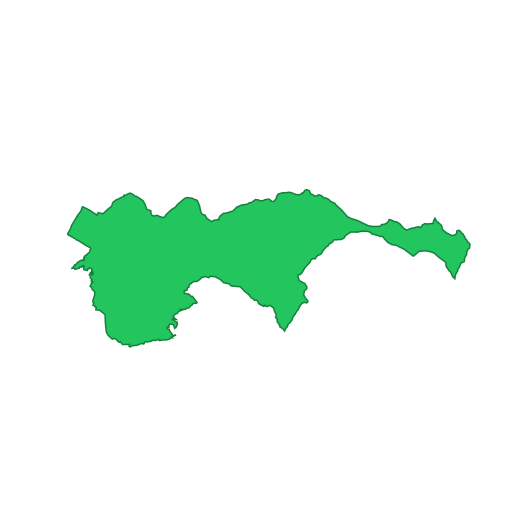 outline of Sadu, Sibiu, Romania, rotated 224°
{"feature_id": "2599482B14009077199366", "entity_name": "Sadu", "entity_type": "district", "adm_level": 2, "iso_a3": "ROU", "parent_name": "Romania", "parent_adm1": "Sibiu", "projection": "robinson", "projection_center": [24.148, 45.645], "detail": "fine", "context": "isolated", "style": "filled", "palette": "green", "viewbox_px": 512, "rotation_deg": 224, "n_neighbors": 0, "source": "geoboundaries", "source_scale": "gbopen_adm2", "svg_char_len": 6159}
<svg xmlns="http://www.w3.org/2000/svg" viewBox="0 0 512 512"><g transform="rotate(224 256 256)"><path d="M399.6,177.6L398.8,174.9L407.4,173.4L414.8,171.1L414.6,169.3L413.9,168.6L413.0,165.8L412.7,162.1L409.9,149.8L408.6,147.3L406.8,141.0L405.9,140.7L397.7,142.9L396.2,142.9L394.8,143.6L384.5,145.7L381.4,146.8L380.0,146.5L379.4,144.7L378.4,143.4L378.8,139.9L378.4,138.8L379.0,138.0L379.2,136.6L378.8,135.5L378.1,135.6L378.2,134.6L377.7,134.5L377.0,133.5L377.7,133.0L377.3,132.4L378.3,132.1L378.9,131.1L379.6,129.0L379.5,127.8L380.0,127.1L379.6,125.3L379.8,123.9L380.3,123.6L379.7,121.6L380.0,119.6L379.8,119.3L378.7,120.9L377.4,120.6L376.3,121.4L375.6,123.4L374.7,124.5L375.3,125.5L373.6,127.1L374.4,127.7L373.8,129.1L372.1,129.4L373.2,128.6L372.0,128.4L370.4,126.6L367.3,128.3L368.1,129.7L367.4,130.3L367.6,131.7L365.5,132.6L361.0,130.3L361.9,129.6L360.8,128.8L362.3,128.4L362.6,128.5L362.3,128.8L362.7,129.9L362.4,130.2L363.0,130.8L363.7,130.8L363.0,129.5L363.4,129.0L363.3,128.0L362.7,127.4L362.7,126.6L361.6,126.8L360.1,125.3L358.0,125.2L357.9,124.6L357.3,124.6L357.1,123.6L355.9,124.0L355.1,123.5L355.0,123.2L355.6,122.5L354.2,118.9L352.8,119.2L350.1,118.1L347.5,118.3L345.9,117.1L344.1,114.3L342.5,110.7L340.9,109.3L340.1,109.7L339.0,107.3L337.7,108.1L336.8,107.6L335.3,108.1L333.8,106.0L331.1,108.1L329.8,108.5L323.9,109.0L317.8,103.2L311.1,97.5L308.1,96.4L305.8,96.2L301.5,96.4L300.9,98.0L300.1,98.6L298.3,99.0L296.0,98.6L294.3,99.0L294.2,100.0L290.5,99.6L285.5,104.5L284.4,102.8L283.2,103.3L282.8,105.1L280.9,107.7L279.7,108.8L278.2,112.3L276.6,114.5L275.6,114.7L276.2,117.5L274.8,118.3L273.9,119.5L272.1,122.0L271.9,123.0L271.3,124.0L269.7,125.3L268.1,128.5L266.8,128.0L263.9,131.9L262.2,133.2L260.4,136.5L260.5,138.3L259.4,139.0L260.3,139.2L258.9,143.0L259.3,143.1L260.5,140.5L262.4,141.6L266.2,142.1L267.3,143.0L269.6,141.9L270.6,143.0L269.1,144.2L271.0,146.4L270.8,147.2L267.9,149.3L264.2,147.5L264.3,148.3L263.9,148.8L264.2,149.9L265.1,152.3L266.2,152.9L266.5,153.5L272.8,152.1L270.4,152.9L271.8,153.5L269.6,154.9L270.4,154.9L271.7,154.1L272.3,154.9L273.7,155.0L273.8,157.6L272.7,160.4L273.2,161.6L272.7,163.6L271.7,165.5L273.0,165.3L269.7,168.6L269.6,170.6L268.8,171.2L268.1,172.6L268.4,174.7L267.9,176.4L268.3,178.1L266.2,180.4L266.0,181.6L273.7,182.8L274.4,181.9L278.3,181.9L278.9,180.8L280.6,180.2L281.1,179.6L282.3,179.6L283.0,180.6L282.8,180.9L283.2,181.7L282.2,182.8L282.0,183.8L283.3,185.6L282.7,186.9L284.1,189.4L283.5,191.1L283.4,193.2L282.5,195.2L280.9,196.4L280.1,200.1L280.2,202.4L278.2,206.0L275.1,207.5L274.8,208.1L274.8,209.9L272.9,211.0L271.5,212.5L265.4,214.3L260.6,214.4L256.3,217.1L252.9,217.3L246.0,222.9L238.9,222.7L234.6,223.2L230.5,222.6L228.4,223.2L226.1,223.1L225.4,224.4L223.6,224.9L221.0,223.5L219.3,224.3L218.5,224.0L217.8,224.6L215.4,225.1L215.5,226.8L214.0,226.7L212.5,227.9L212.4,229.1L211.4,230.3L206.8,230.8L204.6,229.2L200.6,227.8L200.1,227.3L199.5,225.6L197.6,225.2L196.8,225.5L195.3,223.5L190.5,222.5L189.8,221.6L185.9,222.3L183.3,221.9L184.4,225.2L184.3,227.0L185.6,229.4L185.2,230.9L185.5,234.5L187.1,238.0L187.4,241.3L188.3,244.3L188.4,247.0L189.0,248.2L189.9,252.1L189.9,254.2L189.6,255.0L188.8,256.4L187.0,257.4L186.9,259.2L188.1,259.9L190.5,260.0L194.6,261.1L196.8,264.2L196.9,268.0L198.3,269.3L201.9,270.1L207.3,268.5L208.2,268.6L210.9,270.0L212.3,271.0L212.6,271.8L211.3,273.3L211.2,275.4L212.7,281.9L212.8,289.1L213.7,290.9L213.4,293.5L211.5,295.0L211.5,296.1L212.0,297.0L212.0,299.1L210.9,301.6L210.7,303.4L211.6,306.9L211.8,311.4L211.1,313.1L211.8,315.5L211.2,316.7L210.7,319.7L211.1,321.4L211.0,322.2L209.7,323.1L207.8,325.5L206.4,326.6L205.4,329.1L205.1,330.1L205.6,331.7L205.6,333.9L204.5,339.0L199.5,343.8L197.2,347.1L192.9,351.2L190.5,352.4L187.9,352.4L182.7,355.4L180.6,356.1L178.2,358.1L176.1,357.6L170.9,357.3L166.2,358.5L162.7,361.1L153.5,363.9L142.9,365.1L142.6,365.6L141.9,372.5L141.5,373.2L139.6,375.2L139.2,376.0L136.0,378.8L131.9,381.1L128.9,382.0L124.5,382.0L115.0,383.3L112.5,380.9L110.5,380.3L107.0,379.5L104.6,379.6L100.1,377.7L97.2,377.8L99.0,380.3L100.2,383.2L100.3,384.8L101.7,387.1L101.9,389.0L103.6,393.2L102.3,396.7L104.7,399.7L105.4,403.3L106.8,404.7L108.0,407.3L108.2,408.3L107.8,409.9L110.4,413.2L112.8,413.4L113.9,413.1L115.5,413.9L117.8,413.9L119.0,414.7L122.6,415.6L123.6,415.3L126.4,415.8L128.1,415.3L128.9,413.9L128.7,413.1L127.5,411.8L127.3,409.8L128.9,407.1L130.2,406.4L135.4,404.9L140.5,404.6L142.4,406.2L144.6,406.9L150.2,406.5L153.6,407.5L152.8,405.0L151.3,402.5L154.5,398.5L157.0,396.5L157.8,394.1L157.3,390.7L159.2,390.2L161.1,387.6L161.4,386.5L163.6,383.7L165.5,379.4L168.3,378.5L172.3,378.7L174.0,379.1L178.0,378.5L180.9,376.6L183.1,376.1L185.3,375.0L185.5,374.3L184.9,373.1L184.7,371.5L185.5,368.2L187.5,365.9L187.3,364.6L187.6,363.3L192.0,358.8L196.1,355.8L207.4,352.1L213.8,349.0L217.4,347.8L226.6,348.5L233.9,348.3L236.0,348.7L239.9,347.2L243.0,347.2L245.6,346.4L247.7,345.1L251.3,344.7L253.1,343.8L253.7,343.2L253.9,341.4L255.7,339.9L258.3,339.4L259.5,338.6L263.0,340.0L265.8,338.8L266.5,337.0L265.8,333.8L266.6,333.5L266.8,331.3L267.3,330.3L269.6,328.2L274.8,326.0L277.1,324.3L277.8,323.0L280.7,320.1L282.8,316.6L283.0,316.0L282.7,314.1L282.3,312.7L281.3,311.4L281.1,308.6L281.6,306.8L282.7,306.2L285.0,306.2L286.6,305.6L288.9,302.3L289.2,301.1L290.9,298.9L293.4,297.9L295.6,296.2L296.5,291.0L297.7,289.9L298.1,287.4L301.2,283.4L302.3,281.6L303.1,278.9L303.7,278.3L303.9,272.4L306.8,266.8L309.2,263.8L309.1,262.0L309.6,260.6L309.3,258.3L308.0,256.7L307.9,256.0L308.8,256.0L309.4,254.6L310.8,253.0L312.0,249.8L317.6,248.9L320.9,250.0L323.5,248.7L324.3,248.7L326.2,249.3L331.7,253.0L336.8,255.1L338.7,254.6L339.3,253.9L341.9,253.3L346.3,250.1L347.3,247.9L348.3,238.5L347.9,235.3L349.1,230.4L349.4,223.1L348.8,220.5L349.8,219.0L352.6,217.5L355.2,216.7L357.5,213.6L358.6,213.0L361.0,213.5L363.1,215.5L366.2,214.0L367.4,213.9L372.5,216.4L375.7,217.3L379.9,216.6L383.7,215.7L384.7,214.9L386.9,214.9L390.1,213.9L390.9,212.7L392.2,208.8L393.3,207.9L392.5,207.2L392.6,206.6L393.7,204.3L394.9,200.4L395.6,199.6L395.6,198.0L396.2,196.3L395.9,194.4L394.4,191.5L395.1,186.7L395.4,180.1L399.6,177.6Z" fill="#22c55e" stroke="#15803d" stroke-width="1.5"/></g></svg>